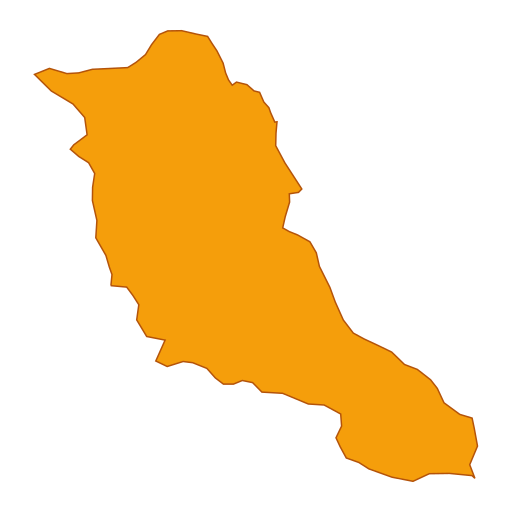 Platanisteia, Limassol, Cyprus
{"feature_id": "46923920B24225105441994", "entity_name": "Platanisteia", "entity_type": "district", "adm_level": 2, "iso_a3": "CYP", "parent_name": "Cyprus", "parent_adm1": "Limassol", "projection": "natural_earth1", "projection_center": [32.714, 34.708], "detail": "fine", "context": "isolated", "style": "filled", "palette": "amber", "viewbox_px": 512, "rotation_deg": 0, "n_neighbors": 0, "source": "geoboundaries", "source_scale": "gbopen_adm2", "svg_char_len": 1468}
<svg xmlns="http://www.w3.org/2000/svg" viewBox="0 0 512 512"><path d="M474.9,478.3L469.7,464.7L477.5,446.1L474.3,428.6L472.1,418.1L459.8,414.4L444.0,402.8L437.3,388.4L430.6,379.8L423.2,374.0L417.3,369.4L404.5,364.5L391.7,352.1L378.1,345.5L364.2,339.0L353.3,333.1L343.3,320.0L335.2,301.9L329.9,287.4L319.4,266.4L316.3,252.8L309.9,241.8L297.7,235.0L289.3,231.6L282.7,227.9L285.2,216.8L289.6,202.1L289.3,193.8L298.5,192.4L301.8,189.0L295.4,179.1L284.9,162.9L275.7,145.7L276.0,133.2L277.0,121.8L274.8,122.1L270.6,112.6L268.9,107.7L263.8,102.0L259.6,92.3L254.0,90.9L247.0,84.7L236.5,82.1L232.2,85.2L228.5,79.9L225.6,72.9L223.1,63.1L217.0,51.0L211.9,43.3L207.6,36.4L195.9,34.0L181.7,30.7L167.7,30.9L159.4,34.4L151.6,44.6L145.5,54.6L136.0,62.4L127.7,67.6L107.3,68.6L92.4,69.3L78.6,72.9L66.9,73.6L49.4,68.4L34.5,74.4L51.3,91.0L73.0,104.0L84.7,117.5L87.1,134.8L73.8,144.8L70.3,149.2L78.8,156.5L88.6,162.7L94.7,173.5L92.6,187.3L92.4,200.5L96.9,220.5L95.8,237.8L105.9,255.4L109.3,267.0L112.0,274.6L111.0,284.7L111.3,285.7L126.7,287.1L133.0,295.6L138.8,304.7L136.7,319.9L146.7,336.5L165.1,340.1L155.8,361.0L167.2,366.5L183.1,361.5L192.7,362.7L206.9,368.4L215.3,377.9L223.4,384.1L233.5,384.1L242.3,380.5L252.6,382.6L261.9,392.1L282.6,393.3L308.3,404.0L324.1,405.0L340.7,414.0L341.6,426.1L336.0,437.8L340.2,446.8L346.3,458.0L358.9,462.5L368.9,468.9L392.0,477.2L413.0,481.3L429.3,473.7L449.4,473.4L472.0,475.6L474.9,478.3Z" fill="#f59e0b" stroke="#b45309" stroke-width="1.5"/></svg>